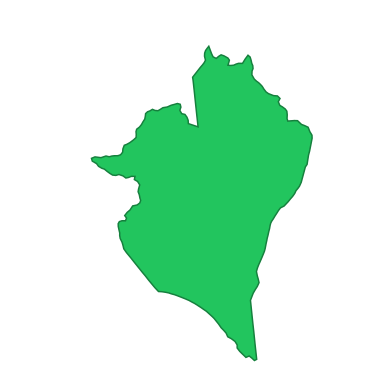 Itapemirim, Espírito Santo, Brazil (Mercator projection), rotated 105°
{"feature_id": "56859067B73479651555060", "entity_name": "Itapemirim", "entity_type": "district", "adm_level": 2, "iso_a3": "BRA", "parent_name": "Brazil", "parent_adm1": "Espírito Santo", "projection": "mercator", "projection_center": [-40.954, -20.988], "detail": "fine", "context": "isolated", "style": "filled", "palette": "green", "viewbox_px": 384, "rotation_deg": 105, "n_neighbors": 0, "source": "geoboundaries", "source_scale": "gbopen_adm2", "svg_char_len": 3020}
<svg xmlns="http://www.w3.org/2000/svg" viewBox="0 0 384 384"><g transform="rotate(105 192 192)"><path d="M46.9,213.5L49.2,214.5L51.8,215.5L54.6,215.7L57.5,215.1L61.2,213.1L63.9,213.7L66.4,214.7L69.5,216.2L81.0,221.1L84.0,219.8L93.0,216.3L114.9,207.9L127.5,203.0L126.9,213.2L123.7,214.3L121.0,216.3L118.9,218.9L119.0,222.2L116.3,224.9L112.9,224.7L110.3,226.1L110.3,229.0L112.0,231.8L113.6,234.6L116.3,237.9L118.1,241.9L120.6,244.2L122.3,245.9L122.8,248.8L122.4,251.6L124.6,253.7L126.0,255.7L128.3,257.1L130.9,256.7L133.8,256.5L137.2,257.6L139.8,258.2L142.8,259.5L145.7,261.7L148.2,261.7L150.7,260.8L153.8,260.1L156.7,261.9L160.5,264.9L162.9,267.4L164.4,269.5L168.2,269.9L171.5,269.3L174.5,270.6L176.1,272.9L177.1,276.4L178.0,278.7L179.4,281.1L179.5,284.4L182.4,288.8L183.2,294.8L185.5,297.8L188.0,296.3L189.3,291.5L191.4,288.9L192.4,285.3L192.6,282.5L194.1,279.2L195.3,276.1L196.2,273.1L195.7,269.9L194.0,267.1L194.3,262.8L195.6,259.5L194.4,257.1L192.6,254.7L191.7,251.1L194.9,250.9L195.9,247.3L198.7,244.3L202.8,244.4L205.7,244.1L208.3,242.2L211.4,240.7L213.4,239.4L216.1,239.6L218.7,241.6L220.8,245.7L225.4,247.2L228.4,249.3L232.2,250.9L234.1,248.5L237.0,248.8L237.9,252.2L239.4,254.5L241.7,255.1L244.4,254.3L247.5,252.7L250.3,251.2L252.7,250.6L255.5,249.3L258.7,246.5L261.7,244.7L264.5,243.2L267.5,239.6L270.9,234.8L275.8,228.2L282.7,218.8L285.0,215.5L288.4,211.0L294.0,203.1L296.8,198.6L296.1,195.2L295.7,191.7L295.5,188.4L295.7,185.7L295.7,182.3L296.0,178.9L296.5,174.4L296.9,171.0L297.5,166.8L298.3,163.7L299.0,160.5L301.3,153.3L302.2,150.9L303.5,147.2L305.0,144.3L307.1,140.2L308.3,138.1L312.6,132.2L315.6,128.7L317.4,125.6L319.4,122.6L322.6,120.0L323.5,116.1L325.2,111.8L328.0,108.8L331.0,108.0L333.6,104.6L335.3,101.6L336.5,99.4L337.8,97.1L335.6,94.3L337.0,91.1L338.6,88.1L336.9,86.2L323.0,91.6L319.3,93.0L310.9,96.2L302.7,99.4L281.5,107.5L278.6,107.2L273.9,106.7L269.8,105.6L266.4,104.5L262.2,103.8L258.8,105.6L256.3,107.1L252.1,109.2L248.1,109.1L244.7,108.7L242.3,108.3L237.0,107.5L233.1,107.0L230.5,106.7L227.8,106.7L225.1,106.9L222.3,107.1L219.6,107.2L217.3,107.4L214.4,107.4L210.3,107.6L207.4,107.6L204.1,107.9L201.6,107.9L199.3,107.4L197.1,106.6L193.9,105.7L190.2,104.5L187.5,103.7L184.4,102.4L181.7,99.4L176.5,96.6L173.3,95.2L170.3,93.7L166.8,92.4L163.8,91.9L161.0,90.6L158.6,89.7L154.4,89.0L151.1,89.0L147.6,89.0L138.5,89.0L135.6,88.0L126.2,89.0L122.1,89.0L109.0,89.9L106.1,90.8L103.2,93.8L99.4,96.6L98.7,100.6L98.4,103.7L95.8,108.5L96.5,111.6L97.4,114.1L98.7,117.8L96.5,119.2L92.8,120.0L89.4,121.3L87.7,123.4L86.4,126.7L85.6,129.6L82.5,132.0L78.9,131.2L77.1,134.3L77.8,138.2L77.2,143.6L76.2,146.3L74.0,149.2L71.8,151.5L70.4,153.7L69.2,155.9L68.3,158.3L66.8,161.1L63.3,164.5L59.6,165.3L57.0,165.0L54.2,166.0L52.2,167.6L49.3,169.1L46.6,170.8L45.4,173.3L49.7,175.0L54.7,176.5L55.7,180.4L57.1,182.6L58.7,184.5L59.8,187.4L60.2,190.1L57.5,190.0L55.0,190.0L53.3,192.0L52.2,196.4L52.0,199.4L53.9,201.2L56.7,203.2L56.0,206.6L53.6,208.7L46.9,213.5Z" fill="#22c55e" stroke="#15803d" stroke-width="1.5"/></g></svg>